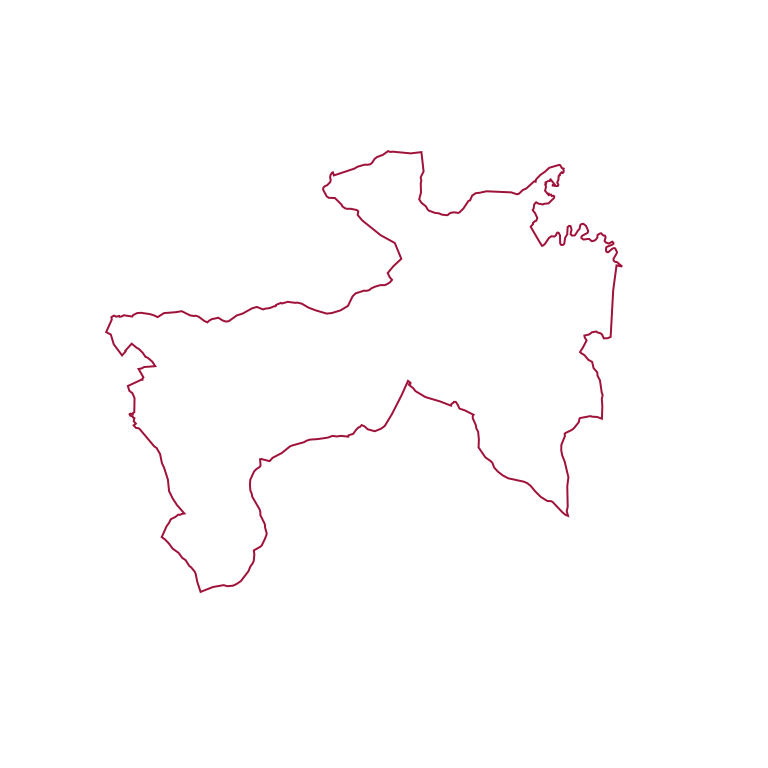 outline of Cetatea De Balta, Alba, Romania, rotated 59°
{"feature_id": "2599482B28912008723964", "entity_name": "Cetatea De Balta", "entity_type": "district", "adm_level": 2, "iso_a3": "ROU", "parent_name": "Romania", "parent_adm1": "Alba", "projection": "natural_earth1", "projection_center": [24.195, 46.219], "detail": "fine", "context": "isolated", "style": "outline", "palette": "rose", "viewbox_px": 768, "rotation_deg": 59, "n_neighbors": 0, "source": "geoboundaries", "source_scale": "gbopen_adm2", "svg_char_len": 6165}
<svg xmlns="http://www.w3.org/2000/svg" viewBox="0 0 768 768"><g transform="rotate(59 384 384)"><path d="M467.7,648.3L469.9,635.2L473.8,625.1L476.7,622.3L479.1,617.3L479.5,613.2L479.2,608.1L474.7,596.7L471.6,592.5L469.8,588.3L468.4,586.7L463.5,583.0L459.6,581.3L459.8,574.0L459.4,571.9L455.6,566.1L452.7,562.3L451.4,561.4L445.9,559.9L442.7,558.3L432.7,557.5L430.0,555.9L427.2,555.2L412.8,555.0L409.9,553.9L406.5,553.4L401.1,550.7L397.1,547.8L392.0,540.3L391.2,537.1L391.1,533.3L390.3,531.8L384.7,529.0L385.0,527.9L391.2,521.8L389.9,517.5L390.5,507.3L389.1,497.0L389.3,494.8L392.7,482.5L392.7,479.6L393.5,476.2L397.2,468.9L401.0,459.8L401.9,455.0L404.7,451.4L406.3,447.6L410.7,441.8L409.9,441.4L409.8,440.2L410.9,436.2L408.8,431.2L408.1,428.4L408.4,426.7L407.7,424.3L410.3,422.5L414.4,421.3L419.7,416.3L420.8,409.8L420.4,405.0L413.9,392.7L402.6,374.6L393.7,361.8L396.6,360.7L397.4,361.3L397.1,362.8L397.9,362.9L402.7,361.1L406.3,360.7L416.6,355.2L427.6,345.1L437.1,337.7L435.8,336.3L435.8,334.2L435.3,333.3L436.3,331.7L440.3,331.5L443.2,332.0L444.6,331.5L447.9,328.5L456.5,323.1L457.0,324.3L459.1,325.6L466.3,326.4L469.6,327.7L473.4,327.9L480.3,331.2L487.1,335.6L499.1,334.9L505.2,332.2L507.5,331.7L512.3,332.6L517.8,331.5L523.5,329.3L528.8,326.1L539.7,314.5L542.7,312.3L546.7,310.8L553.8,309.7L561.5,307.8L568.5,304.2L570.5,301.1L572.0,300.2L585.7,297.2L589.7,295.8L591.8,294.2L587.0,292.8L583.9,289.8L565.9,279.5L559.0,274.0L543.6,269.1L536.9,268.0L532.1,266.2L527.5,263.3L521.8,255.7L519.7,254.8L519.5,253.7L520.1,246.5L519.7,243.9L517.1,236.8L514.3,234.2L514.2,233.4L517.8,223.7L519.3,222.3L522.0,218.3L526.0,215.1L515.7,208.4L509.0,205.0L506.0,202.2L503.5,201.8L492.1,197.0L486.9,196.7L483.8,195.2L478.3,196.2L472.3,194.2L468.5,196.4L462.6,197.3L458.0,199.6L457.4,199.3L455.3,194.9L451.0,187.9L447.6,188.0L445.7,187.3L447.2,182.6L446.8,179.0L448.3,175.1L449.7,174.5L452.2,172.2L454.0,171.6L458.1,172.1L459.9,168.8L460.4,165.5L421.9,139.4L402.1,123.6L406.0,119.3L399.4,121.6L398.4,122.9L396.9,123.6L396.0,123.4L394.9,122.8L391.8,117.2L390.9,116.3L386.9,116.0L385.9,116.9L385.6,118.5L386.5,123.8L385.9,124.9L384.5,125.2L381.8,123.6L381.2,122.6L382.2,116.1L382.0,115.2L381.2,114.6L379.6,115.0L379.3,119.1L376.7,121.1L374.9,121.2L372.4,118.5L370.6,118.2L369.7,119.5L366.6,120.3L366.3,121.0L366.2,124.1L368.5,125.9L369.3,128.0L369.5,129.4L368.9,131.7L368.5,132.4L365.2,133.5L362.9,138.6L360.8,139.6L359.9,139.4L359.3,138.5L359.0,137.3L359.3,131.6L357.9,130.1L352.5,129.4L349.4,130.6L348.6,132.4L348.9,133.9L351.8,136.5L352.2,138.4L354.8,143.5L354.6,144.6L353.5,146.5L351.6,146.9L348.2,143.7L344.7,142.8L343.8,143.8L344.1,145.8L350.0,149.8L352.1,153.6L356.1,156.8L356.9,157.9L356.9,159.0L356.1,160.5L354.2,160.6L347.3,156.6L344.7,156.4L343.6,157.1L343.7,158.1L345.1,160.1L345.4,161.9L343.6,164.4L343.7,167.1L346.9,174.2L347.2,176.2L347.0,177.4L342.4,177.5L324.8,177.3L323.7,173.9L322.6,173.3L322.2,170.4L322.5,169.5L320.7,167.1L315.2,166.5L311.9,167.0L311.4,166.9L310.8,165.5L307.4,162.7L306.6,160.0L308.9,158.8L312.0,155.2L312.0,154.0L313.9,149.9L312.1,142.4L310.7,141.4L309.7,142.1L309.3,143.4L307.7,143.3L307.1,144.7L305.7,144.7L305.6,145.2L306.1,145.7L301.3,146.4L298.2,143.4L297.0,143.3L296.2,142.3L295.7,142.7L295.4,141.8L294.4,141.7L294.5,139.4L295.5,136.6L293.6,135.9L300.8,135.0L300.3,136.8L300.8,137.2L303.6,133.6L303.7,132.5L302.7,131.8L300.5,131.8L298.8,129.3L295.7,127.2L295.7,125.8L294.9,125.6L294.0,122.8L295.0,122.5L295.2,121.6L294.1,120.2L292.4,119.8L291.9,119.1L290.5,120.3L287.1,120.3L286.4,121.0L283.8,130.9L285.0,137.0L285.3,142.2L286.9,148.2L288.7,149.9L287.6,150.7L289.7,161.4L289.2,165.1L290.4,170.2L289.9,172.3L285.3,176.2L271.6,196.9L269.2,203.9L267.7,207.0L267.9,211.4L270.9,215.6L270.6,217.4L274.5,225.6L275.8,231.0L275.5,232.4L273.0,235.4L271.9,237.9L271.5,239.5L272.0,242.4L271.8,243.0L268.6,247.2L265.8,249.2L263.8,252.0L258.7,256.1L257.2,256.7L253.3,256.6L247.9,258.6L243.8,258.7L239.1,253.8L230.7,249.0L229.0,247.3L225.7,246.1L222.2,240.6L204.5,232.5L200.1,242.3L189.4,256.8L188.2,259.3L186.5,260.5L187.0,266.8L185.9,273.0L186.2,276.1L188.2,280.2L188.6,282.4L187.7,285.0L186.0,287.7L184.1,294.9L184.1,298.6L179.4,319.5L176.3,318.8L176.2,319.9L177.3,322.2L179.3,323.9L181.5,324.5L183.3,326.2L184.3,330.3L184.0,333.1L184.5,334.9L186.0,336.1L193.7,336.5L196.0,335.4L199.3,330.3L208.4,328.0L210.3,328.2L213.3,326.9L214.7,325.6L216.7,322.2L220.9,317.7L222.7,317.1L225.5,319.5L232.6,318.4L254.8,310.2L268.7,302.1L285.6,304.7L287.9,315.4L290.8,323.7L295.4,324.1L298.9,323.5L299.9,326.5L300.0,328.9L299.7,332.3L297.3,336.4L296.0,341.5L295.5,345.3L295.9,348.4L295.0,351.3L293.7,353.0L291.7,361.7L292.7,365.8L298.5,374.7L298.5,383.3L296.3,392.2L294.1,396.9L285.5,404.8L279.6,409.4L272.8,413.1L269.6,416.4L268.7,418.3L264.0,424.2L262.4,430.1L261.4,430.5L260.6,435.7L261.4,436.4L261.4,437.2L260.8,438.1L260.1,442.8L258.2,447.1L257.8,449.2L252.4,453.4L251.2,458.0L250.8,469.3L249.4,474.7L250.2,484.7L249.1,487.3L246.6,489.5L241.9,491.9L239.8,498.0L239.6,501.2L240.2,503.6L237.5,505.5L230.7,508.3L228.4,510.4L227.8,511.9L225.4,514.8L217.4,519.9L215.2,525.5L209.9,536.1L210.1,543.6L206.7,545.8L203.5,548.7L197.9,555.5L196.1,559.0L195.7,563.5L196.5,565.1L191.1,571.6L190.9,574.3L190.2,576.0L189.3,575.9L188.4,578.8L186.3,580.2L186.3,583.2L188.6,584.2L196.4,595.4L200.9,592.7L210.8,595.2L224.6,593.8L223.0,588.7L222.3,588.7L219.5,579.5L225.7,577.3L227.7,576.1L233.1,574.7L237.8,574.5L240.0,572.9L245.6,571.1L250.9,570.9L245.9,580.9L245.8,583.8L244.7,586.6L254.4,586.8L255.0,588.5L255.9,588.8L255.3,590.3L253.8,604.6L258.7,605.8L262.3,604.4L267.6,605.1L279.6,612.6L279.7,614.2L280.5,614.9L278.8,616.6L278.9,617.7L280.5,617.8L282.4,616.1L283.3,616.4L284.7,615.5L286.9,617.7L290.2,617.1L290.5,619.9L293.9,619.2L295.6,617.1L297.0,616.6L319.1,613.1L321.6,611.9L328.7,612.0L337.4,615.1L342.4,615.6L354.7,618.5L365.1,623.4L373.7,624.1L381.1,623.8L392.2,621.8L391.2,624.2L391.2,625.9L390.0,627.7L390.5,631.3L390.1,636.4L392.4,639.9L393.8,643.4L400.8,653.4L404.4,651.8L410.1,650.5L416.1,650.0L423.1,647.0L429.1,646.5L432.7,644.8L439.6,644.6L442.0,643.7L447.3,642.9L449.8,643.2L457.2,645.9L467.7,648.3Z" fill="none" stroke="#9f1239" stroke-width="2"/></g></svg>